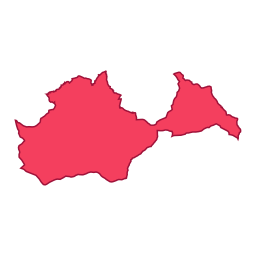 Predeal, Brasov, Romania (Natural Earth projection)
{"feature_id": "2599482B30401095830513", "entity_name": "Predeal", "entity_type": "district", "adm_level": 2, "iso_a3": "ROU", "parent_name": "Romania", "parent_adm1": "Brasov", "projection": "natural_earth1", "projection_center": [25.612, 45.498], "detail": "fine", "context": "isolated", "style": "filled", "palette": "rose", "viewbox_px": 256, "rotation_deg": 0, "n_neighbors": 0, "source": "geoboundaries", "source_scale": "gbopen_adm2", "svg_char_len": 5706}
<svg xmlns="http://www.w3.org/2000/svg" viewBox="0 0 256 256"><path d="M238.0,139.1L238.2,138.4L238.2,135.6L239.2,133.8L239.3,132.8L240.5,131.9L240.6,131.4L240.6,130.1L240.3,129.1L239.2,128.1L238.8,127.3L238.2,126.8L237.9,125.9L237.3,125.2L237.0,124.7L236.8,122.0L236.9,121.1L237.4,120.0L237.6,119.2L237.5,118.6L237.0,118.3L235.1,118.0L234.0,117.4L232.1,116.8L230.2,115.2L229.8,115.1L228.7,114.8L227.6,115.0L226.5,114.9L226.3,113.5L225.8,111.5L224.1,110.0L222.7,108.4L222.3,108.0L222.3,107.5L221.8,107.6L221.6,107.2L221.2,107.2L221.0,106.2L220.6,105.6L220.0,105.3L218.7,104.2L217.8,103.3L217.0,101.2L215.7,99.3L214.3,98.1L213.6,97.0L212.9,96.2L212.0,94.4L211.7,93.4L211.4,92.5L211.3,91.9L211.5,91.6L211.6,90.6L211.4,89.5L211.2,89.1L211.1,87.6L210.9,86.8L209.5,86.2L207.7,86.4L206.9,86.8L205.3,87.2L203.4,87.9L201.5,88.0L200.4,87.2L200.1,86.5L199.3,85.5L197.7,84.2L197.1,84.0L196.1,84.0L193.9,84.6L192.6,84.0L191.9,83.5L191.7,82.1L190.9,81.9L189.3,80.4L187.5,80.1L186.4,80.1L185.7,80.5L185.1,80.3L184.6,79.5L184.0,79.0L183.9,78.7L182.9,78.1L182.9,77.7L183.3,76.1L183.1,75.3L181.9,74.5L180.1,72.5L179.3,72.3L178.7,72.3L174.7,73.5L173.8,74.1L175.7,75.9L177.1,77.9L177.9,79.6L179.5,81.5L178.0,83.9L179.1,86.3L179.6,88.2L178.6,91.0L177.1,92.4L177.0,94.3L176.4,96.7L174.7,98.5L173.7,100.5L172.9,104.5L171.4,105.8L172.2,109.5L170.9,110.6L169.1,111.5L167.8,112.6L166.0,117.5L159.8,120.1L156.9,122.0L156.7,122.4L156.4,123.7L155.9,124.2L154.5,125.0L153.2,125.2L151.2,125.2L150.3,125.0L149.6,124.2L147.6,122.9L146.8,121.9L144.5,120.0L143.5,119.6L142.4,119.4L136.4,119.7L136.5,117.6L136.0,115.7L135.7,115.4L135.6,113.6L135.4,112.9L134.9,112.7L133.2,113.0L133.1,112.4L132.3,112.3L132.0,112.9L129.4,112.0L128.5,111.4L127.2,111.1L125.4,110.4L123.8,109.4L123.0,108.5L122.3,108.0L121.3,107.7L120.5,108.0L119.3,108.0L119.5,107.9L120.0,107.4L120.0,107.2L119.7,107.0L119.9,106.5L119.7,106.4L119.5,106.0L120.1,103.4L121.1,99.6L121.1,98.9L118.6,99.2L120.1,96.2L120.9,95.2L119.8,94.6L117.2,93.8L116.1,93.0L114.3,93.0L114.1,92.6L113.3,91.8L113.5,90.9L112.7,90.6L112.8,89.6L110.0,88.1L110.2,86.6L109.0,86.2L107.6,83.9L107.6,83.1L107.3,81.8L106.5,79.9L106.6,78.8L106.8,77.6L106.5,76.8L106.9,76.3L106.4,75.1L106.2,74.7L106.5,74.2L105.8,73.5L105.7,72.7L105.9,71.9L106.1,71.8L105.8,71.2L103.9,72.1L102.5,72.5L99.4,75.4L99.0,75.5L98.8,74.7L98.7,74.7L98.5,74.8L98.7,75.5L98.6,75.9L98.1,76.8L97.1,78.0L95.5,81.0L94.8,81.0L94.9,82.3L94.7,82.6L94.9,83.1L94.8,83.3L93.6,83.7L93.5,84.0L93.0,84.2L92.8,84.1L92.5,84.5L92.7,85.1L92.3,85.1L92.0,85.2L91.9,84.5L91.5,84.0L91.5,83.7L91.0,83.2L90.9,82.8L91.2,80.5L91.0,80.0L90.6,79.7L88.9,78.9L87.4,78.7L86.0,78.2L85.3,78.1L84.3,78.3L83.0,77.5L79.6,76.0L78.4,76.0L77.8,76.6L77.6,77.1L76.9,77.5L74.5,78.2L72.1,78.7L72.4,79.6L72.1,79.9L72.0,80.6L69.5,83.0L69.1,82.7L69.0,82.1L68.2,81.6L66.9,81.7L65.8,82.8L65.3,83.0L65.0,82.4L64.7,82.3L64.5,83.3L64.3,83.4L64.6,83.5L64.6,83.8L64.3,83.7L63.6,84.1L62.9,85.0L62.0,85.0L61.3,85.2L61.5,85.5L61.1,86.2L61.1,86.8L60.7,86.8L60.4,87.0L60.2,87.5L59.6,87.9L59.8,88.2L59.3,88.5L58.9,89.2L58.0,89.4L57.5,89.3L56.5,89.6L56.0,90.2L56.0,90.8L55.3,90.8L55.1,91.3L54.4,91.6L54.1,91.6L53.7,91.4L53.7,91.7L53.8,91.8L53.5,91.9L53.1,91.6L51.9,91.6L49.8,92.1L50.1,92.7L48.7,92.8L48.3,93.1L48.0,93.9L46.9,94.1L47.4,94.3L46.7,94.5L47.6,96.0L48.5,96.8L49.2,98.2L49.1,99.9L49.6,101.3L50.9,102.2L52.1,101.9L53.6,103.0L54.5,102.2L54.5,103.3L54.8,104.0L55.3,104.6L55.5,105.6L54.4,108.1L53.3,109.5L52.4,109.5L49.2,110.2L48.9,110.4L48.7,112.7L46.6,114.0L44.5,116.2L43.4,116.8L42.1,117.8L41.0,118.3L40.6,119.1L40.3,121.6L40.0,122.5L36.6,125.5L34.8,126.5L33.3,126.8L32.1,126.9L29.0,126.7L26.6,126.9L24.2,126.1L23.1,125.6L19.5,122.9L18.0,122.7L16.5,120.6L15.4,120.3L16.5,125.1L17.6,128.7L18.1,129.8L18.7,130.3L18.9,131.4L18.8,132.8L18.6,133.1L19.8,136.0L20.3,137.0L22.4,138.0L23.0,138.5L24.5,140.3L24.5,141.0L23.9,141.4L21.9,143.8L19.1,145.6L18.5,147.3L18.7,149.3L19.5,151.1L19.7,152.4L19.1,154.4L19.1,156.6L19.2,157.3L21.8,160.1L24.3,164.2L24.5,164.9L20.8,168.2L23.5,169.1L24.4,169.7L25.7,171.0L26.4,171.5L36.0,175.3L39.2,178.9L41.2,182.0L42.3,183.3L43.4,184.5L44.8,184.8L45.3,184.8L46.7,184.2L49.5,182.3L53.8,180.2L55.5,179.5L57.2,179.1L60.2,179.3L63.6,177.5L64.5,176.9L65.9,176.1L66.7,176.3L69.7,176.6L70.7,177.0L71.7,177.0L73.9,176.5L74.9,176.0L76.1,175.1L76.7,175.1L78.0,174.4L79.0,174.6L82.3,174.8L83.3,174.7L86.2,173.7L88.1,172.7L90.8,172.0L93.9,172.4L95.2,172.1L96.6,172.1L98.2,172.7L99.7,173.8L101.2,175.8L102.5,176.9L105.3,178.5L106.2,179.4L110.0,181.7L111.5,181.9L112.9,181.7L116.0,180.6L117.4,179.9L118.8,179.5L121.9,179.7L124.8,178.5L125.7,178.5L126.2,178.3L126.2,177.9L126.5,177.8L126.6,176.9L127.2,174.6L127.1,173.1L127.3,172.0L127.5,171.2L128.0,170.2L127.5,168.5L128.2,166.7L129.3,164.8L129.2,164.2L129.3,164.0L130.3,162.5L130.4,162.1L130.9,161.5L130.8,159.8L131.2,159.7L131.9,159.1L132.1,158.9L132.3,158.2L134.0,157.7L136.7,156.1L137.5,155.8L138.7,154.8L140.6,153.9L141.2,153.3L141.5,152.6L142.3,151.9L142.7,151.2L143.1,151.1L145.1,149.9L147.1,147.6L149.8,146.6L151.1,146.5L151.6,145.6L153.3,143.8L154.4,142.2L154.8,142.0L155.7,140.6L156.1,140.3L156.7,139.5L157.1,137.8L157.5,136.9L157.6,136.0L157.4,135.3L157.3,130.5L160.9,130.7L163.0,130.6L165.2,130.0L166.0,130.0L167.8,130.2L169.8,131.1L172.0,131.4L172.0,131.9L172.5,132.5L172.6,132.9L172.4,135.2L172.0,136.3L173.6,135.6L174.5,135.5L181.0,135.2L185.3,134.1L185.8,133.4L186.7,133.0L188.2,133.0L192.6,132.0L195.7,132.0L198.7,131.6L201.5,130.9L203.7,129.1L206.0,127.9L207.5,127.4L209.0,127.6L210.5,126.2L211.6,125.7L213.3,125.2L216.2,123.8L220.0,125.8L220.8,127.5L227.8,131.1L228.8,132.3L229.0,133.2L229.1,134.5L230.7,134.7L232.9,135.3L237.5,138.0L238.0,139.1Z" fill="#f43f5e" stroke="#9f1239" stroke-width="1.5"/></svg>